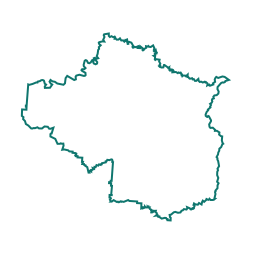 Kyogle, New South Wales, Australia (Robinson projection), rotated 85°
{"feature_id": "25037944B88748338867232", "entity_name": "Kyogle", "entity_type": "district", "adm_level": 2, "iso_a3": "AUS", "parent_name": "Australia", "parent_adm1": "New South Wales", "projection": "robinson", "projection_center": [152.788, -28.646], "detail": "fine", "context": "isolated", "style": "outline", "palette": "teal", "viewbox_px": 256, "rotation_deg": 85, "n_neighbors": 0, "source": "geoboundaries", "source_scale": "gbopen_adm2", "svg_char_len": 5710}
<svg xmlns="http://www.w3.org/2000/svg" viewBox="0 0 256 256"><g transform="rotate(85 128 128)"><path d="M106.7,232.7L108.1,231.2L110.0,231.7L112.1,230.0L115.1,229.4L116.9,227.0L119.9,224.6L120.2,223.6L119.8,221.7L120.1,220.8L119.4,218.2L120.6,216.8L121.0,213.8L119.2,211.0L119.8,207.8L121.8,206.6L122.0,205.3L121.2,202.3L126.7,204.5L126.6,204.9L127.3,205.8L129.7,206.0L132.5,201.4L137.6,199.6L137.8,197.1L137.4,196.3L137.9,195.3L137.9,193.8L139.9,193.7L143.9,195.4L143.8,193.4L145.0,189.6L146.2,188.5L146.7,185.2L147.9,185.4L148.4,182.5L148.9,181.8L149.6,182.3L150.3,181.9L150.8,182.9L151.5,182.6L151.8,180.6L152.9,180.8L153.6,176.1L157.7,176.8L157.8,175.8L159.9,176.7L160.1,175.0L160.8,175.0L161.5,173.6L162.0,173.8L163.4,172.0L169.0,171.2L169.1,170.2L167.6,170.4L167.1,169.4L168.0,168.4L166.6,168.3L166.6,167.0L166.1,166.4L164.9,166.6L165.7,165.2L163.8,164.8L164.1,163.6L162.2,162.6L162.9,160.9L161.7,160.0L162.4,158.4L161.7,158.1L161.8,157.3L160.8,157.0L160.3,153.2L159.3,153.1L159.4,152.4L157.9,151.4L158.4,149.3L157.8,147.4L158.1,146.6L159.0,146.3L160.4,146.7L160.7,145.9L161.1,146.0L179.2,148.9L179.1,149.9L180.6,150.2L180.3,151.5L181.3,151.7L181.6,149.6L184.0,150.0L184.2,149.0L193.2,150.6L193.6,149.1L193.1,152.2L195.6,152.5L195.8,151.5L196.7,151.2L197.9,152.3L199.5,151.4L199.8,151.7L199.9,150.6L198.6,148.6L200.7,145.6L200.5,144.5L201.1,144.1L201.1,143.2L200.4,141.9L200.9,141.2L200.6,140.8L201.2,138.7L199.8,134.1L200.8,133.0L202.0,125.3L203.6,125.5L204.2,121.2L209.3,121.8L208.9,120.6L209.4,120.3L209.1,119.6L208.5,119.6L208.8,118.9L208.3,118.7L208.5,117.8L208.0,117.8L208.7,117.3L208.8,115.5L208.1,115.4L208.5,115.1L208.2,114.6L208.6,114.6L208.9,113.4L209.4,113.8L210.5,113.3L211.4,112.0L212.3,112.2L212.9,111.5L214.1,112.1L214.2,111.6L213.3,111.2L213.6,110.7L212.9,110.3L213.4,110.0L212.8,109.4L212.9,107.5L214.2,108.0L215.2,106.8L216.7,106.6L217.7,107.9L217.6,106.9L218.3,106.3L217.9,105.9L219.1,105.5L218.9,104.5L219.4,104.5L221.2,102.3L220.7,99.1L221.0,97.9L222.2,97.3L222.2,96.6L223.3,96.7L223.8,93.6L221.1,93.3L220.5,93.9L218.2,94.1L218.0,92.6L216.0,89.8L215.7,88.2L216.8,85.6L216.7,83.1L215.1,81.9L214.8,80.6L213.7,79.4L214.3,76.8L213.1,75.8L212.0,76.0L213.4,73.4L214.5,72.8L214.6,71.9L214.0,71.4L214.3,70.4L213.9,69.6L213.3,70.0L213.1,69.3L211.5,68.5L210.5,68.8L210.3,69.4L208.9,68.8L209.9,67.6L210.5,65.1L208.9,63.8L210.6,61.4L208.1,60.6L206.9,59.8L208.2,58.6L206.5,56.4L205.6,56.0L206.6,54.3L206.4,53.6L205.6,53.0L206.9,52.0L207.1,50.3L207.0,48.8L206.0,47.4L205.8,48.1L201.4,46.6L199.4,46.9L198.6,46.2L197.9,46.3L195.8,44.1L192.9,43.8L190.9,42.6L189.3,43.9L185.6,42.4L182.7,43.3L179.4,42.9L177.9,42.0L176.4,42.4L173.9,40.6L168.6,41.1L167.3,41.7L165.9,41.5L164.7,42.3L162.1,40.6L160.3,40.2L158.6,39.1L156.6,38.8L155.1,36.8L152.5,35.5L152.0,34.5L150.8,35.2L148.5,35.6L144.6,34.9L144.2,36.1L142.5,37.8L140.4,37.3L138.5,39.8L138.4,41.7L137.3,41.5L135.1,43.5L135.1,45.9L133.9,46.7L131.4,46.8L128.6,44.8L127.6,44.6L123.4,46.4L123.0,47.1L123.9,48.0L123.7,48.5L122.7,49.5L121.3,49.5L118.8,48.2L117.3,46.6L116.6,46.8L114.7,44.1L114.0,44.4L112.3,43.3L111.1,44.1L110.2,42.5L108.9,41.7L107.5,42.0L106.5,41.5L106.0,39.9L104.4,40.3L103.1,39.1L103.0,36.8L101.6,35.0L99.6,34.5L97.1,35.5L95.0,35.2L91.3,31.3L90.8,29.9L91.1,28.7L90.5,27.3L89.7,26.9L88.9,23.3L85.5,27.3L84.9,29.4L86.0,33.8L84.8,35.6L85.8,36.6L87.3,37.4L89.6,37.2L90.9,39.5L92.1,39.2L93.0,42.5L92.4,42.9L92.8,43.1L92.0,44.5L92.4,45.3L90.7,44.8L89.0,46.4L89.4,47.0L88.6,47.6L89.2,49.5L88.2,51.1L88.4,52.5L87.2,53.5L85.8,53.6L86.2,53.9L85.7,54.3L87.0,55.9L86.9,57.2L85.0,58.2L85.2,59.4L84.0,59.8L84.3,62.0L84.0,62.5L82.4,63.6L82.4,64.2L80.0,63.9L81.5,65.8L80.8,66.4L80.5,68.7L81.0,69.3L80.4,69.4L80.3,70.0L79.2,70.2L79.0,69.8L77.4,70.7L77.7,71.5L77.1,72.8L77.7,73.6L76.4,75.4L76.4,79.0L75.7,78.9L75.0,77.7L74.1,78.1L73.5,79.2L74.4,80.1L74.5,81.2L73.8,81.7L73.0,81.1L71.8,81.5L71.7,81.9L72.4,81.6L72.1,82.4L71.2,82.0L71.5,82.6L68.4,86.2L68.4,86.7L70.7,87.5L70.7,89.2L69.9,91.0L69.1,91.6L68.7,90.6L68.0,91.1L66.8,90.2L64.4,91.2L62.7,90.6L61.9,93.9L62.6,94.9L62.1,95.3L59.3,94.8L58.3,96.1L57.9,94.6L56.2,94.8L56.3,93.1L55.4,92.7L54.5,93.3L53.9,94.8L53.0,93.5L52.4,93.6L53.1,95.0L52.6,95.5L50.7,94.8L47.9,95.8L49.3,98.3L48.9,100.0L48.1,100.6L48.6,101.2L48.1,102.9L49.7,102.9L50.6,104.8L51.8,105.7L52.0,106.4L51.5,106.8L50.0,106.3L47.8,108.6L49.5,108.8L49.2,110.9L48.0,109.8L47.3,110.5L48.2,113.1L47.5,114.9L48.4,115.4L48.4,116.1L47.6,116.5L46.4,115.8L43.3,117.2L42.3,119.3L43.2,120.4L44.2,120.4L44.2,121.0L43.0,121.1L42.3,120.3L41.4,121.1L39.7,121.2L39.9,121.9L41.1,122.5L40.3,123.2L41.6,124.2L40.3,125.2L40.2,127.1L38.0,128.2L39.1,129.8L39.0,131.5L37.9,132.5L37.9,133.4L36.6,132.8L35.8,133.3L36.3,134.7L35.1,136.5L35.8,138.1L34.6,139.1L32.2,138.9L32.6,143.6L33.4,144.1L35.3,143.5L37.9,145.0L39.8,144.1L39.5,145.9L40.0,149.2L40.5,149.7L41.8,149.4L43.2,148.0L44.9,150.0L46.6,149.9L47.6,150.9L51.5,151.8L53.8,152.9L55.9,151.6L56.3,153.4L55.2,154.9L55.5,156.0L56.7,155.8L57.7,154.2L59.7,152.9L61.1,153.2L61.7,154.7L60.8,156.4L59.7,156.9L58.1,156.5L57.2,157.1L57.3,157.8L59.4,159.4L60.1,160.9L59.7,162.1L57.4,163.1L56.8,163.9L56.7,164.4L57.3,165.3L61.3,166.7L62.7,166.6L64.6,165.1L65.6,166.4L65.4,168.5L66.3,169.3L67.1,168.8L69.3,165.6L71.6,165.6L72.2,166.3L72.3,167.4L70.7,171.8L71.3,174.9L72.3,175.7L75.0,175.7L75.5,177.4L70.8,184.0L72.9,185.8L78.0,186.9L79.3,188.5L77.5,194.6L75.6,196.8L74.9,199.3L73.4,201.0L75.0,202.1L77.0,201.1L78.1,199.7L81.1,202.2L80.8,207.3L79.4,207.3L77.6,205.8L76.7,207.0L73.5,207.6L72.8,208.7L72.8,210.2L73.6,211.6L73.9,213.8L74.8,214.2L74.6,215.4L75.8,219.2L76.4,222.6L75.9,223.6L96.6,227.0L96.7,227.8L97.8,227.9L97.9,227.2L100.9,227.6L100.3,231.9L106.7,232.7Z" fill="none" stroke="#0f766e" stroke-width="2"/></g></svg>